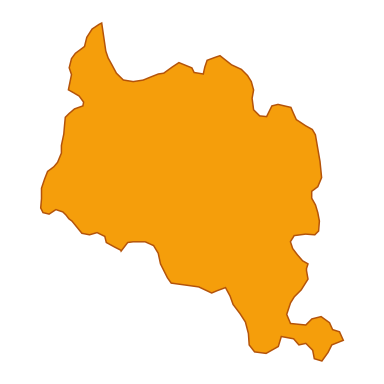 outline of Chungju-si, North Chungcheong, South Korea
{"feature_id": "91817680B87543439372548", "entity_name": "Chungju-si", "entity_type": "district", "adm_level": 2, "iso_a3": "KOR", "parent_name": "South Korea", "parent_adm1": "North Chungcheong", "projection": "albers", "projection_center": [127.905, 36.999], "detail": "fine", "context": "isolated", "style": "filled", "palette": "amber", "viewbox_px": 384, "rotation_deg": 0, "n_neighbors": 0, "source": "geoboundaries", "source_scale": "gbopen_adm2", "svg_char_len": 1798}
<svg xmlns="http://www.w3.org/2000/svg" viewBox="0 0 384 384"><path d="M68.4,89.8L79.1,96.0L83.6,102.1L82.9,105.9L74.5,108.9L69.1,113.5L65.3,117.3L64.5,125.7L63.8,134.0L61.4,145.5L61.4,153.1L57.6,162.3L53.8,166.8L47.6,171.4L44.6,179.0L41.5,188.2L41.5,198.8L40.7,208.0L43.0,212.6L49.1,214.1L55.9,209.6L62.8,211.9L65.9,214.9L68.9,218.8L72.0,221.1L81.9,233.3L89.5,234.8L97.1,232.6L104.8,236.4L106.3,242.5L114.7,247.1L120.8,250.2L121.1,251.1L127.7,242.5L133.0,241.8L140.7,241.8L145.2,241.8L153.6,245.6L158.2,253.2L160.5,263.9L167.4,277.7L171.2,283.1L188.0,285.4L198.7,286.9L211.7,293.0L217.1,290.7L225.5,287.6L230.1,296.1L233.1,304.5L240.0,313.6L245.4,322.0L248.4,333.5L249.2,345.0L254.6,351.9L266.1,353.4L278.3,346.5L281.3,336.5L293.6,338.8L298.9,344.9L305.8,343.4L307.0,344.5L312.7,350.3L314.3,358.7L321.9,361.0L328.0,352.5L331.8,344.9L343.3,340.3L341.6,336.5L339.5,331.8L332.6,329.6L329.5,322.7L321.1,316.6L311.9,318.9L305.8,325.0L290.5,323.5L286.7,314.4L290.5,302.9L294.3,296.8L301.2,289.9L308.0,279.1L306.5,270.7L306.5,268.5L308.0,263.9L302.6,260.8L297.3,254.7L292.7,248.6L290.4,241.7L294.2,235.6L305.6,234.1L314.8,234.8L318.6,231.0L319.4,221.1L317.8,212.7L315.5,205.0L311.7,198.2L311.7,191.3L317.8,186.7L321.6,177.6L320.0,161.5L315.4,134.8L312.3,129.5L305.5,125.7L296.3,119.6L293.2,112.8L290.9,107.4L278.0,104.4L271.9,105.9L266.6,116.6L259.7,115.9L253.6,109.8L252.1,98.3L253.6,90.0L251.3,81.6L247.5,75.5L241.4,69.4L231.5,64.8L220.0,55.7L215.5,57.2L207.1,60.3L204.8,67.1L203.3,74.0L194.1,72.5L191.9,67.9L178.9,62.6L172.1,67.1L163.7,73.2L158.3,74.0L150.7,77.0L143.1,80.1L133.2,81.6L123.3,80.0L116.4,73.2L111.9,64.8L108.1,57.9L105.8,51.1L101.7,23.0L99.0,24.4L92.1,29.0L86.8,37.3L84.5,46.5L75.4,53.3L71.5,58.6L69.2,67.8L71.5,74.6L68.4,89.8Z" fill="#f59e0b" stroke="#b45309" stroke-width="1.5"/></svg>